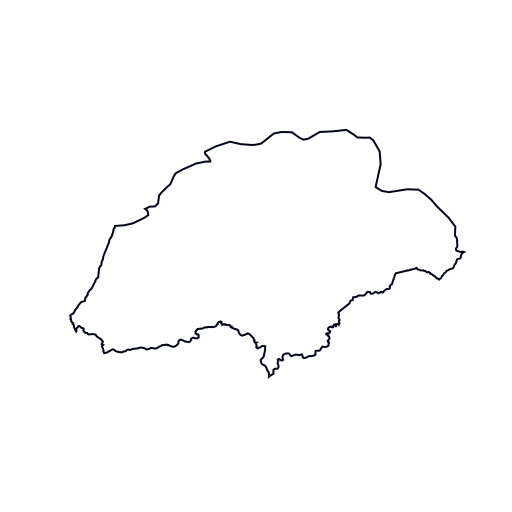 Kayes, Kayes, Mali (Natural Earth projection), rotated 248°
{"feature_id": "8926073B46590111149246", "entity_name": "Kayes", "entity_type": "district", "adm_level": 2, "iso_a3": "MLI", "parent_name": "Mali", "parent_adm1": "Kayes", "projection": "natural_earth1", "projection_center": [-11.81, 14.583], "detail": "fine", "context": "isolated", "style": "outline", "palette": "ink", "viewbox_px": 512, "rotation_deg": 248, "n_neighbors": 0, "source": "geoboundaries", "source_scale": "gbopen_adm2", "svg_char_len": 6068}
<svg xmlns="http://www.w3.org/2000/svg" viewBox="0 0 512 512"><g transform="rotate(248 256 256)"><path d="M371.8,247.7L370.7,247.2L369.1,247.3L368.1,247.9L364.0,249.1L361.6,249.3L360.7,249.0L362.3,245.1L364.2,235.0L363.7,220.0L362.8,212.6L361.0,210.0L354.5,203.3L353.6,200.2L349.8,191.1L348.2,188.7L341.5,184.9L339.8,180.9L341.6,175.8L341.2,170.8L339.8,171.7L337.3,172.2L334.3,171.4L333.3,167.2L332.4,154.0L333.8,145.5L336.7,136.5L335.2,135.7L335.0,134.7L333.7,133.5L332.9,133.4L328.2,129.5L325.8,126.0L323.7,124.8L313.0,114.4L310.0,112.6L308.9,111.1L305.4,109.0L304.6,107.3L303.3,105.9L295.3,101.6L294.8,99.7L293.4,97.8L292.4,97.4L291.5,96.0L288.1,92.2L286.8,90.1L286.6,89.1L284.4,85.8L283.2,85.6L282.4,84.1L282.0,83.9L281.4,82.3L280.0,81.3L278.8,81.0L278.5,80.6L278.4,79.7L278.7,77.7L278.6,76.2L277.0,73.2L275.2,70.9L273.5,67.9L271.5,65.9L270.6,61.7L270.3,61.4L268.4,61.2L266.9,60.3L266.6,60.8L264.2,60.2L262.6,61.1L261.9,60.7L261.7,61.2L260.0,61.1L257.8,60.6L253.4,60.9L253.7,61.3L255.8,62.2L256.2,62.7L256.5,63.7L257.4,64.9L257.2,66.1L254.9,67.2L253.3,69.0L252.3,68.4L250.5,68.0L249.9,68.7L248.7,69.0L247.8,70.7L246.7,70.7L246.0,71.4L244.6,75.8L243.1,77.8L241.3,78.2L239.0,79.5L237.3,80.9L233.8,81.9L232.1,79.9L231.7,80.0L230.8,81.1L230.6,80.8L230.6,79.9L230.3,79.5L229.4,79.2L227.8,79.5L225.0,79.1L224.6,78.7L222.8,78.9L222.3,81.2L223.2,88.1L222.5,89.1L220.4,90.3L218.4,92.7L217.0,95.3L217.0,97.4L216.6,99.1L216.8,100.1L217.2,100.9L217.2,101.7L217.1,102.5L216.2,103.8L216.0,104.5L216.0,106.9L214.8,111.1L214.4,114.5L213.8,115.9L212.6,117.7L210.4,119.4L210.0,121.9L210.1,124.4L208.1,127.5L207.6,129.5L208.0,130.9L208.0,132.0L208.3,132.5L208.1,133.6L208.5,135.4L207.3,140.0L207.2,140.3L206.4,140.7L206.1,141.7L205.1,142.4L203.6,144.1L203.0,145.0L202.5,146.8L202.8,148.6L203.9,151.2L205.8,152.0L206.8,153.8L206.5,155.2L205.1,156.7L203.6,157.9L201.3,161.4L201.5,163.0L202.1,163.9L203.4,164.7L203.9,166.5L203.8,167.2L202.3,169.1L201.7,170.7L201.9,171.8L202.2,172.5L203.0,172.6L203.9,173.1L204.9,173.0L205.3,172.6L205.3,172.1L205.6,171.6L207.1,170.9L207.9,171.5L208.6,171.5L209.2,172.4L209.5,173.5L210.1,174.1L210.2,174.5L208.8,179.3L209.0,182.2L208.1,183.6L208.3,184.3L208.1,185.3L207.3,186.6L207.1,188.0L206.6,188.4L206.0,190.3L205.9,192.5L206.9,194.1L207.2,194.3L207.2,195.0L208.0,195.3L208.4,196.2L208.8,196.6L208.6,197.8L208.7,198.4L207.6,199.3L207.1,198.5L206.2,198.7L205.7,199.0L204.8,198.9L204.8,200.8L204.5,201.2L204.2,201.2L204.0,202.3L203.5,202.4L203.0,202.9L201.8,205.7L200.4,206.2L199.8,206.0L199.6,206.8L199.2,206.5L198.6,206.7L198.4,207.2L196.7,208.5L195.3,210.6L194.8,210.8L193.7,211.7L191.2,211.3L188.8,212.0L188.0,212.6L187.2,213.7L187.3,214.8L187.0,216.2L187.4,217.2L187.0,218.2L187.4,219.2L187.0,219.5L186.9,220.0L186.0,220.7L180.5,223.0L179.5,222.7L178.5,223.1L177.9,222.5L176.7,222.4L175.9,223.6L175.9,222.8L173.7,223.2L171.9,222.8L171.5,222.1L170.6,222.2L169.5,223.3L170.0,224.1L169.7,225.4L170.2,228.3L169.5,229.8L168.8,230.7L167.0,229.8L165.9,229.5L159.8,225.4L159.2,224.4L158.7,223.1L157.8,221.3L155.1,220.9L153.9,220.9L152.8,221.5L151.2,223.1L149.8,223.6L145.4,223.7L143.4,224.2L140.5,223.5L139.3,222.9L139.8,224.3L140.2,227.9L140.7,228.3L143.4,229.2L143.9,229.6L144.2,230.2L144.3,231.5L143.6,233.5L143.5,234.1L144.4,235.2L145.2,235.5L146.5,235.8L148.2,235.7L149.4,236.4L150.1,237.3L151.8,237.4L152.0,238.6L149.4,240.7L149.4,241.9L149.8,242.3L152.0,242.5L153.1,243.1L154.4,244.7L154.4,247.2L153.5,249.6L152.4,250.4L150.7,250.6L149.9,251.6L149.7,256.0L147.8,259.1L147.8,261.3L147.6,261.7L147.0,261.8L145.4,261.5L144.1,261.7L143.6,261.9L143.0,263.3L143.1,266.1L143.4,267.4L142.5,269.7L142.0,272.5L142.3,274.0L142.8,274.5L145.1,275.3L145.7,275.9L145.6,276.4L144.8,278.3L144.5,279.5L144.9,280.5L145.8,281.5L147.1,283.5L147.1,284.0L146.2,285.0L145.4,287.2L145.6,289.4L148.6,291.3L149.1,290.6L149.8,290.8L150.4,290.6L151.6,292.9L152.6,293.4L153.8,293.6L154.4,293.4L155.1,292.8L156.3,293.1L156.7,292.9L156.8,291.9L157.2,291.8L157.8,292.3L157.7,293.1L157.1,294.2L157.0,295.1L157.9,296.2L158.5,296.6L160.0,295.4L160.7,295.2L161.6,295.6L162.4,296.4L162.6,297.5L162.4,299.2L161.7,299.3L161.2,300.1L161.2,300.9L162.1,301.2L162.4,301.9L163.2,302.6L162.6,303.4L161.5,303.4L160.9,303.8L161.0,304.1L162.5,304.2L162.9,304.6L162.4,305.6L162.5,306.1L162.1,306.6L161.2,307.0L162.6,308.3L164.0,308.2L164.6,308.4L165.1,309.3L165.8,309.6L167.3,309.2L168.9,309.9L170.4,311.0L171.8,310.9L172.4,311.1L172.5,311.5L172.9,311.5L173.5,312.9L176.9,324.5L178.0,325.9L179.1,326.9L179.0,329.2L181.3,330.5L180.8,331.9L180.6,334.7L180.9,336.1L180.8,336.9L179.3,340.1L178.9,342.0L181.0,346.0L179.8,348.2L178.3,348.2L177.7,348.8L177.4,350.7L178.0,352.8L177.4,353.9L177.0,354.2L176.7,355.0L175.6,355.4L175.9,358.5L174.7,359.5L174.7,360.1L175.7,361.7L176.3,363.9L176.4,364.8L175.5,367.0L176.1,368.1L177.5,368.5L178.2,369.3L178.7,370.5L179.0,370.7L178.9,371.4L186.5,377.9L187.6,379.1L186.0,389.5L186.1,390.5L185.5,391.3L185.5,394.0L185.1,394.6L185.0,396.7L184.6,398.6L185.0,400.1L184.4,400.6L183.1,400.8L182.0,402.4L181.1,402.9L179.9,405.9L179.1,406.4L178.9,407.1L176.7,408.7L176.5,410.0L175.9,410.7L175.2,411.1L174.3,410.9L174.2,411.4L173.1,412.4L171.2,413.2L170.8,414.0L168.7,414.9L168.2,414.9L167.8,415.4L167.3,415.4L166.6,416.6L165.6,416.8L166.2,419.3L167.6,420.8L168.0,421.6L168.1,422.3L169.3,423.6L169.7,425.4L170.7,426.9L171.1,430.8L170.8,433.7L171.1,434.6L173.7,437.1L174.4,438.6L177.4,441.0L177.6,441.8L177.3,444.2L177.7,445.0L179.9,446.4L181.0,447.8L181.7,449.4L181.8,450.4L182.4,449.8L183.1,447.1L186.0,443.8L187.4,443.9L188.1,444.4L189.4,446.2L190.3,446.6L195.2,448.3L197.0,448.7L198.5,448.7L200.1,448.0L208.6,451.8L219.4,448.9L234.6,442.2L242.4,439.6L250.6,435.5L256.6,431.5L261.2,421.3L265.4,403.1L269.3,397.0L275.1,392.7L294.3,405.9L306.5,409.8L319.3,408.1L323.3,405.7L324.4,402.4L327.8,394.6L332.4,391.8L339.1,387.0L342.9,373.6L347.1,361.6L345.2,348.4L346.0,343.8L349.2,340.7L357.1,335.8L359.1,331.6L361.5,325.8L362.9,318.4L358.3,302.9L359.3,297.3L360.5,293.8L365.4,283.8L371.7,274.7L372.7,259.5L371.8,247.7Z" fill="none" stroke="#020617" stroke-width="2"/></g></svg>